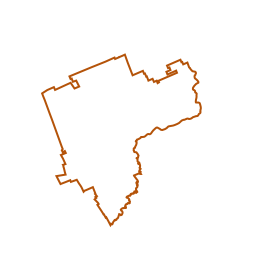 Xicoténcatl, Tamaulipas, Mexico, rotated 239°
{"feature_id": "50627088B55744445073678", "entity_name": "Xicoténcatl", "entity_type": "district", "adm_level": 2, "iso_a3": "MEX", "parent_name": "Mexico", "parent_adm1": "Tamaulipas", "projection": "natural_earth1", "projection_center": [-99.006, 22.986], "detail": "fine", "context": "isolated", "style": "outline", "palette": "amber", "viewbox_px": 256, "rotation_deg": 239, "n_neighbors": 0, "source": "geoboundaries", "source_scale": "gbopen_adm2", "svg_char_len": 5579}
<svg xmlns="http://www.w3.org/2000/svg" viewBox="0 0 256 256"><g transform="rotate(239 128 128)"><path d="M147.6,212.0L147.8,211.9L148.4,211.6L153.5,212.6L154.1,208.1L156.7,208.5L156.9,207.7L159.5,208.1L161.4,193.6L158.7,193.2L158.5,194.7L155.8,194.2L156.2,191.1L156.4,189.9L153.6,189.4L152.6,196.9L152.4,198.8L150.1,198.4L152.8,178.3L151.2,178.1L151.2,176.5L153.8,176.9L154.1,174.0L157.5,174.4L157.9,171.5L158.1,169.9L162.5,170.7L162.6,170.1L166.0,170.6L166.2,169.7L169.3,170.2L170.8,159.1L184.1,161.4L192.5,163.1L192.8,160.3L193.2,157.7L193.4,157.0L193.2,156.9L193.3,156.3L193.8,152.5L195.3,152.7L196.5,142.7L198.9,127.8L202.4,104.4L199.6,104.0L199.4,105.2L196.0,104.6L195.3,108.0L188.7,107.5L189.4,102.5L196.3,102.1L196.8,97.9L198.2,85.1L201.2,85.5L202.0,79.2L202.1,78.3L201.9,72.2L198.6,71.6L194.7,71.0L181.2,68.4L174.6,67.2L146.2,61.6L143.6,61.2L143.0,59.8L140.9,59.6L140.8,62.0L138.6,61.8L139.4,56.6L135.2,56.5L129.3,55.8L129.9,53.3L129.0,53.3L128.5,52.9L127.5,52.6L127.3,52.5L127.0,52.5L124.7,51.8L122.9,51.2L120.2,50.5L123.6,41.9L114.7,41.3L114.5,42.6L113.9,46.0L113.0,51.6L111.2,51.3L110.0,57.4L105.7,57.4L102.9,57.6L101.0,57.6L96.2,57.1L96.6,58.7L96.3,60.2L95.4,67.4L89.4,66.4L88.3,66.2L88.3,65.8L85.6,66.2L85.6,64.5L84.4,64.8L84.0,62.6L79.4,63.7L78.0,63.7L77.9,62.2L70.8,62.5L67.0,62.6L66.9,62.5L66.5,62.5L66.4,62.9L62.6,62.7L62.7,63.4L58.2,63.2L53.7,62.9L53.9,63.3L54.7,63.7L54.9,64.0L54.6,64.3L53.6,64.8L53.6,65.1L53.8,65.3L54.2,65.9L55.2,67.2L55.4,67.9L55.8,68.7L56.0,69.2L55.9,69.7L55.4,69.8L55.4,70.3L55.3,70.7L55.7,71.2L56.0,72.0L56.0,72.3L55.9,72.5L56.0,72.9L56.1,73.1L56.4,73.4L56.7,73.9L57.1,74.3L58.0,75.3L58.5,75.9L58.7,76.1L58.5,76.3L58.0,76.7L57.0,76.9L56.8,77.8L56.9,78.1L57.2,78.6L57.9,79.5L58.7,80.0L59.8,80.1L60.7,79.7L61.3,79.7L61.7,79.8L61.9,80.3L62.1,81.8L61.8,82.8L61.5,83.0L61.2,84.0L60.7,84.6L60.6,85.1L61.0,85.4L61.9,85.5L62.3,85.3L62.5,85.2L62.6,85.3L62.8,86.0L63.5,86.5L63.6,87.1L63.5,87.7L63.2,88.4L63.3,88.7L63.7,89.0L63.7,89.5L63.0,90.2L62.7,90.5L62.8,90.8L63.1,90.8L63.4,91.3L64.0,91.8L64.6,91.7L64.9,91.5L65.2,91.5L65.5,91.7L65.4,92.0L65.5,92.1L66.6,92.3L67.8,92.0L68.4,91.7L68.9,91.1L69.2,91.0L69.5,91.3L69.7,91.9L69.6,92.4L69.4,92.7L69.6,93.3L69.4,94.2L69.3,94.6L68.9,94.8L69.1,95.4L69.3,95.7L69.7,95.9L69.7,96.2L69.8,96.3L69.5,96.5L69.4,96.7L69.7,97.2L69.8,97.4L69.8,97.8L69.3,98.2L69.4,98.7L69.2,98.9L68.9,99.0L68.9,99.3L69.6,99.8L70.3,100.8L70.2,101.1L68.8,101.7L68.4,101.4L68.2,101.6L68.4,102.3L68.4,103.0L68.6,103.1L69.4,103.1L70.1,103.1L70.5,102.9L71.9,103.6L72.3,104.1L72.4,105.1L72.6,105.5L73.4,106.0L73.6,106.3L73.6,106.6L74.0,106.8L74.3,106.4L74.6,106.7L74.8,107.2L75.0,107.3L75.6,107.1L75.8,106.7L76.7,106.9L76.9,107.1L77.0,107.3L77.1,107.5L76.6,107.9L76.5,108.1L76.6,108.7L77.0,109.0L78.2,109.2L83.7,108.6L84.2,108.7L83.4,114.2L83.1,114.1L82.8,114.3L82.5,114.9L82.0,115.2L81.9,115.4L82.3,115.4L82.7,115.1L82.7,114.8L82.9,114.4L83.1,114.3L83.3,114.3L83.5,114.3L83.6,114.5L83.6,114.8L83.5,115.5L83.6,116.0L83.9,116.3L84.2,116.2L84.4,116.1L84.6,115.9L84.8,115.7L85.1,115.3L85.4,115.5L85.6,116.0L86.1,116.5L86.3,117.5L86.6,117.8L87.6,117.4L87.9,117.4L88.2,118.0L89.3,118.9L89.9,119.1L90.4,119.1L90.7,119.4L91.2,119.4L91.4,118.8L91.8,118.4L92.1,118.4L92.4,118.4L92.6,118.6L92.5,118.9L92.1,119.4L92.1,119.7L92.6,119.8L93.6,119.2L94.2,119.1L94.8,119.1L95.7,119.8L96.2,120.0L96.4,120.1L97.6,119.8L97.8,120.0L97.7,120.6L97.4,121.0L97.4,121.3L98.6,122.3L98.7,122.6L98.9,122.8L99.2,122.8L99.6,122.9L100.0,122.8L100.8,122.9L101.2,122.9L102.0,122.7L102.7,122.7L103.0,122.5L103.4,122.0L103.7,121.6L104.1,121.1L104.3,121.1L104.6,121.1L104.9,121.2L105.3,121.4L105.8,121.3L106.0,121.4L106.2,121.6L107.4,122.3L107.6,122.7L107.5,123.4L107.5,123.9L108.2,124.4L109.3,126.3L109.6,126.6L110.7,127.7L111.4,128.0L111.6,128.1L112.2,127.8L112.5,127.8L112.8,128.1L112.9,128.4L112.8,129.1L113.2,129.4L113.4,129.7L113.4,130.0L113.2,130.4L113.1,131.3L113.0,131.7L113.1,132.1L113.0,133.5L113.3,133.9L113.5,134.6L112.9,135.6L112.5,136.5L112.1,137.5L112.1,138.0L112.1,138.5L112.6,141.0L112.6,141.6L112.4,142.3L111.4,143.5L111.4,144.6L111.6,145.2L112.2,146.5L112.9,148.3L113.5,151.0L113.7,152.5L113.4,153.2L113.1,153.5L111.7,154.3L110.7,154.9L110.1,155.0L109.3,155.5L108.6,156.4L108.0,159.1L108.0,161.1L108.5,163.1L108.4,163.9L106.9,167.8L106.5,169.5L106.1,172.3L106.0,174.4L106.6,177.3L106.7,178.1L106.4,179.9L106.0,180.6L105.6,183.5L105.4,183.9L105.2,184.2L104.3,184.9L104.0,185.5L103.7,186.5L103.6,187.4L103.8,189.2L103.1,192.5L102.8,193.0L102.5,193.9L102.8,194.9L103.3,195.6L103.5,196.1L103.5,196.9L103.6,197.6L103.9,198.0L104.6,198.5L105.0,198.5L105.4,198.9L105.8,199.2L106.2,199.4L106.5,199.8L106.9,200.2L107.3,200.5L107.8,200.8L108.4,201.1L108.9,201.3L110.8,201.9L112.1,202.2L112.5,202.2L112.8,202.0L113.2,201.8L113.6,201.4L114.0,200.8L114.2,200.3L114.7,199.7L114.9,199.4L115.1,199.4L115.7,199.7L116.2,200.0L117.4,201.0L118.5,202.1L119.7,203.0L120.5,203.4L121.2,203.9L122.0,204.5L122.3,204.5L122.8,204.5L123.5,204.1L123.8,204.0L124.1,204.0L125.0,204.5L125.7,204.5L126.4,204.2L127.1,203.7L127.6,203.6L128.0,203.7L128.4,204.0L128.8,204.3L129.0,204.5L129.2,204.8L129.3,205.1L129.8,206.1L130.1,206.9L130.4,208.0L130.7,209.1L130.7,209.7L130.6,211.1L130.6,211.6L130.8,211.8L131.1,212.0L131.5,212.1L132.8,212.0L134.1,211.7L136.0,211.0L136.5,211.0L137.6,211.4L138.2,211.8L138.5,212.1L138.7,212.3L138.7,212.7L138.8,213.0L139.4,213.7L139.9,214.4L140.3,214.6L140.8,214.7L141.2,214.7L141.8,214.4L142.1,214.0L142.8,213.3L143.1,212.9L143.3,212.7L143.5,212.5L145.3,212.1L146.8,211.9L147.4,211.9L147.6,212.0Z" fill="none" stroke="#b45309" stroke-width="2"/></g></svg>